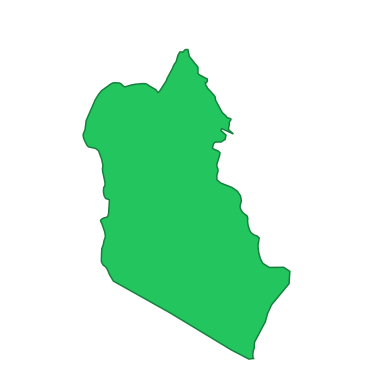 Toledo, Albers equal-area conic projection, rotated 295°
{"feature_id": "BLZ-1356", "entity_name": "Toledo", "entity_type": "District", "adm_level": 1, "iso_a3": "BLZ", "parent_name": "Belize", "parent_adm1": "", "projection": "albers", "projection_center": [-88.761, 16.286], "detail": "fine", "context": "isolated", "style": "filled", "palette": "green", "viewbox_px": 384, "rotation_deg": 295, "n_neighbors": 0, "source": "natural_earth", "source_scale": "10m", "svg_char_len": 2479}
<svg xmlns="http://www.w3.org/2000/svg" viewBox="0 0 384 384"><g transform="rotate(295 192 192)"><path d="M67.1,318.2L64.6,314.1L64.8,310.2L65.4,295.0L73.2,222.9L78.0,158.5L81.3,153.5L83.0,151.3L84.5,149.8L86.5,147.3L87.4,145.9L87.8,144.7L88.1,143.1L88.3,142.4L89.2,141.0L90.5,139.4L91.9,138.6L102.4,134.2L106.4,133.9L107.5,133.7L109.7,133.0L114.7,132.4L116.6,131.4L119.0,129.7L125.1,123.8L127.0,121.5L127.8,121.1L129.2,121.6L130.2,122.2L131.1,123.1L133.1,125.3L134.1,125.9L135.4,125.8L137.1,125.5L148.8,121.0L150.1,120.1L149.7,117.5L149.7,116.4L151.1,114.4L152.4,113.2L154.1,112.0L157.4,110.5L159.2,110.1L160.6,110.4L162.5,109.9L165.1,108.2L173.2,102.1L175.3,101.0L177.7,100.3L179.0,99.7L183.8,96.0L189.9,89.8L190.7,86.5L190.5,84.9L189.2,79.6L189.4,78.3L190.2,76.8L193.4,72.7L195.2,70.9L196.0,70.2L198.3,69.0L203.4,68.7L212.0,65.9L234.4,65.3L241.2,66.1L245.6,67.2L256.0,73.0L257.5,74.3L258.4,75.8L259.3,78.4L260.0,79.7L260.1,81.0L260.0,82.3L258.9,85.1L259.0,86.7L260.3,88.4L264.0,92.5L264.9,94.1L265.9,95.3L266.5,96.5L267.3,97.7L268.0,99.1L268.8,100.3L270.0,102.7L270.5,104.2L270.6,105.4L270.5,106.5L270.1,108.4L269.7,113.5L269.5,114.6L269.5,115.9L268.9,117.1L268.3,117.9L267.8,119.2L269.6,120.0L281.7,121.7L283.6,121.6L284.4,121.4L296.2,122.1L297.5,121.9L300.6,122.0L302.2,122.4L303.6,122.5L309.8,121.5L312.8,121.7L314.0,122.0L314.8,124.4L318.3,125.8L319.4,128.1L313.7,132.3L307.6,144.7L302.0,147.3L301.4,149.0L300.9,156.4L301.0,157.9L299.3,159.0L297.7,159.0L296.7,158.5L296.7,157.9L294.8,159.2L294.2,159.9L293.9,160.7L292.7,162.2L288.8,171.5L287.7,173.1L285.3,174.4L277.5,184.8L276.6,186.4L275.3,190.5L274.5,192.0L274.3,192.9L274.7,195.6L274.5,196.5L273.7,196.7L271.2,196.3L270.4,196.5L269.1,197.3L265.5,198.1L264.1,198.8L263.5,200.1L262.1,205.0L262.0,192.1L260.0,192.1L257.9,198.8L253.7,199.8L249.6,197.2L247.7,193.2L246.6,191.5L244.0,191.3L241.5,191.7L240.5,192.1L240.1,193.2L240.2,198.7L239.4,200.8L237.2,201.5L227.1,202.9L225.4,204.1L224.0,205.6L221.8,206.8L217.8,207.4L213.6,209.4L212.3,214.2L213.0,226.4L211.9,232.8L209.0,237.6L204.8,240.5L199.6,241.5L198.1,242.3L196.3,244.2L194.8,246.7L193.5,252.1L191.7,253.7L189.1,254.7L186.2,256.4L182.9,259.2L181.4,260.8L180.1,262.7L179.3,266.2L179.6,269.7L178.7,272.3L170.9,274.6L165.7,277.8L160.7,281.9L157.3,286.2L156.3,293.9L162.5,306.9L161.4,314.2L150.0,318.7L123.5,311.8L113.9,311.8L105.3,313.3L82.4,312.1L76.9,314.4L74.1,314.6L70.6,315.7L67.8,317.2L67.1,318.2Z" fill="#22c55e" stroke="#15803d" stroke-width="1.5"/></g></svg>